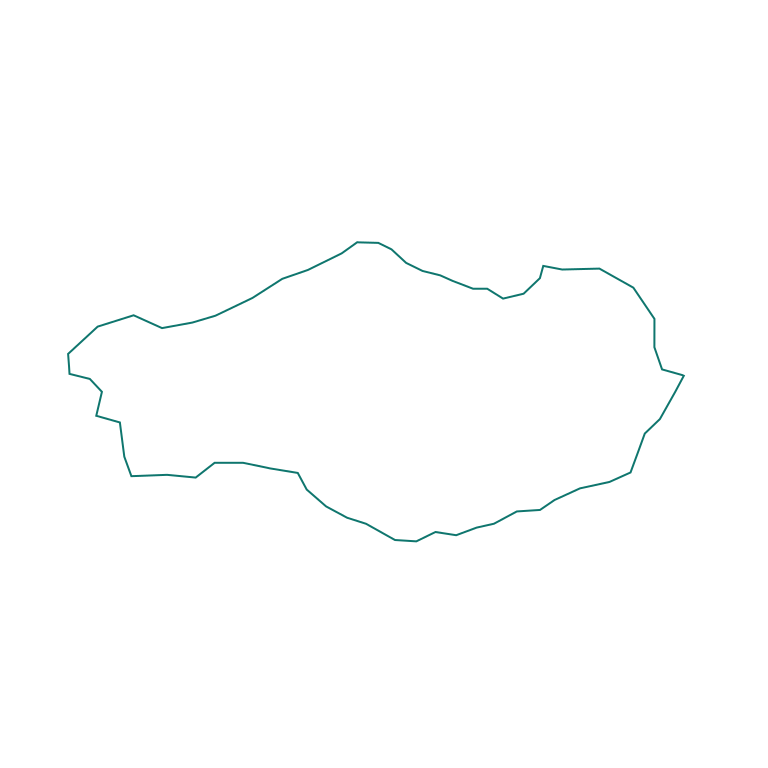 the district of Boxholm, Östergötland, Sweden, rotated 142°
{"feature_id": "70781695B81557548138278", "entity_name": "Boxholm", "entity_type": "district", "adm_level": 2, "iso_a3": "SWE", "parent_name": "Sweden", "parent_adm1": "Östergötland", "projection": "robinson", "projection_center": [15.154, 58.158], "detail": "fine", "context": "isolated", "style": "outline", "palette": "teal", "viewbox_px": 768, "rotation_deg": 142, "n_neighbors": 0, "source": "geoboundaries", "source_scale": "gbopen_adm2", "svg_char_len": 994}
<svg xmlns="http://www.w3.org/2000/svg" viewBox="0 0 768 768"><g transform="rotate(142 384 384)"><path d="M317.8,512.2L336.9,513.0L373.7,520.7L399.4,529.5L434.7,532.8L474.8,541.6L497.2,550.4L524.5,564.7L539.0,592.3L574.3,605.5L614.4,602.2L621.4,591.7L625.6,585.6L612.7,569.1L611.1,551.5L630.3,536.1L615.8,516.3L633.4,486.6L639.8,466.9L633.9,462.6L610.9,446.0L590.0,426.2L566.0,426.2L543.6,408.7L527.7,390.0L525.9,387.8L506.7,367.0L509.9,348.4L505.0,323.2L495.4,301.3L484.2,284.9L471.4,254.3L455.4,240.1L434.6,235.7L420.2,220.4L399.4,213.8L383.4,206.2L357.8,201.8L338.6,188.7L321.0,187.6L293.8,181.1L266.6,168.0L244.2,162.5L226.6,173.4L209.0,184.4L188.2,186.5L159.4,198.5L142.7,205.9L143.4,207.3L155.9,224.3L148.3,246.5L130.8,268.8L128.2,306.4L143.2,342.3L173.1,364.5L185.8,379.0L196.0,371.4L218.4,369.2L237.6,378.0L244.0,395.5L255.2,404.3L266.4,422.9L272.8,435.0L284.0,449.3L292.0,465.8L295.2,485.5L301.6,498.7L317.6,511.9L317.8,512.2Z" fill="none" stroke="#0f766e" stroke-width="2"/></g></svg>